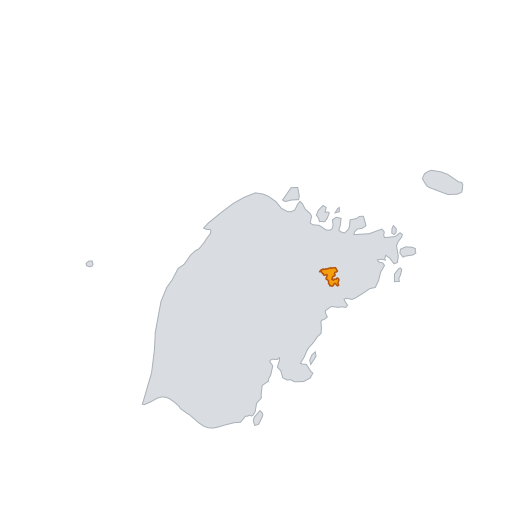 Sunchang-gun, North Jeolla, South Korea shown in context, rotated 219°
{"feature_id": "91817680B23901291202395", "entity_name": "Sunchang-gun", "entity_type": "district", "adm_level": 2, "iso_a3": "KOR", "parent_name": "South Korea", "parent_adm1": "North Jeolla", "projection": "equal_earth", "projection_center": [127.087, 35.421], "detail": "fine", "context": "in_parent", "style": "filled", "palette": "amber", "viewbox_px": 512, "rotation_deg": 219, "n_neighbors": 0, "source": "geoboundaries", "source_scale": "gbopen_adm2", "svg_char_len": 4449}
<svg xmlns="http://www.w3.org/2000/svg" viewBox="0 0 512 512"><g transform="rotate(219 256 256)"><path d="M161.7,126.3L163.3,125.0L163.4,123.2L163.4,117.1L167.9,112.9L174.4,104.3L177.5,99.6L181.1,95.2L185.2,92.3L189.3,90.9L195.7,90.3L207.9,90.8L210.3,90.3L218.9,89.9L220.9,90.7L227.1,91.1L233.9,90.6L237.4,89.3L240.6,87.2L243.3,83.3L246.2,76.0L249.2,70.4L251.0,69.3L263.7,99.6L275.9,119.2L286.3,133.4L301.2,160.8L305.6,175.5L306.1,184.7L308.7,197.2L306.6,204.4L307.4,215.8L306.5,221.7L304.8,226.0L304.8,234.3L305.4,238.7L305.5,244.6L306.7,246.9L308.4,247.7L311.0,245.6L314.3,244.7L313.8,251.8L310.0,269.7L306.7,282.8L302.1,294.2L296.2,304.7L289.1,308.8L284.0,310.2L274.4,310.8L266.4,309.0L259.5,310.3L256.7,312.4L254.7,316.2L256.2,322.0L256.1,326.2L253.1,325.9L247.3,323.4L240.8,323.1L237.8,321.9L234.7,315.7L231.6,316.0L226.2,319.6L217.9,320.4L215.0,322.4L214.0,324.9L215.2,328.1L219.4,332.3L218.0,336.6L213.6,338.8L210.1,333.5L207.9,328.3L205.5,328.1L201.7,329.5L200.9,335.1L202.7,338.9L205.6,343.3L201.5,348.3L200.5,351.9L197.5,354.5L189.6,348.8L190.7,344.7L194.2,340.7L194.6,336.7L193.4,334.2L182.1,344.5L175.1,356.2L171.4,355.4L169.8,352.4L167.6,351.2L160.1,358.7L158.7,364.7L155.9,364.9L154.7,362.4L154.6,357.0L153.3,352.4L145.5,345.7L142.0,339.9L143.9,336.7L150.4,338.5L155.6,338.2L154.6,335.5L152.9,334.2L156.3,332.6L159.2,329.4L156.8,328.6L153.2,330.4L150.2,329.5L149.0,321.9L145.3,314.1L143.5,306.6L147.1,302.2L149.0,295.5L152.4,285.7L154.1,282.6L158.7,280.3L160.4,277.8L157.8,276.5L153.8,275.3L153.9,272.5L156.7,271.0L159.8,267.9L165.8,264.1L167.7,257.0L165.9,255.2L162.2,253.5L163.0,249.9L164.6,247.2L164.0,245.6L159.6,240.9L156.7,236.7L157.5,232.0L156.9,224.7L157.3,218.6L157.1,215.4L155.0,207.9L154.0,200.5L151.2,201.6L148.9,203.5L140.7,200.8L138.1,200.7L137.1,195.2L140.0,188.4L147.0,182.4L151.0,181.7L154.0,179.1L158.7,178.2L164.4,182.3L169.4,183.1L172.2,190.1L173.9,191.6L174.3,189.0L178.4,186.0L179.4,183.7L178.5,182.5L173.8,181.2L169.6,172.6L169.0,168.8L167.5,166.4L169.8,159.4L164.9,151.6L162.5,149.1L162.9,142.0L160.4,137.5L158.9,135.0L158.1,130.7L158.8,128.8L161.0,128.1L161.7,126.3ZM144.9,441.1L142.6,442.7L140.4,441.7L139.8,441.0L137.1,437.0L136.4,434.9L138.2,431.0L145.6,424.5L164.4,418.3L167.8,418.0L175.3,420.7L176.8,425.7L175.5,430.0L173.8,432.9L165.1,437.8L158.4,440.1L144.9,441.1ZM271.7,331.2L266.7,335.5L260.1,329.8L258.4,326.6L263.5,322.0L267.7,316.6L270.6,316.3L271.7,331.2ZM236.3,330.7L235.7,337.5L232.0,337.9L229.8,333.5L227.5,335.6L226.2,335.6L224.4,330.2L224.1,326.0L228.4,322.7L231.0,324.7L234.8,325.7L236.3,330.7ZM140.3,361.0L136.9,362.1L135.0,359.7L133.7,359.0L134.5,355.9L140.0,349.7L141.0,347.6L146.1,348.9L148.0,352.1L145.6,357.1L140.3,361.0ZM155.9,129.4L155.6,138.4L152.8,138.0L150.9,137.1L150.0,135.3L148.1,127.0L150.3,123.5L154.5,126.3L155.9,129.4ZM137.1,335.9L136.4,337.6L134.2,337.1L131.8,332.3L130.9,328.5L128.6,326.4L132.3,323.2L137.0,329.1L137.1,335.9ZM150.3,214.3L149.6,218.8L146.2,215.8L145.2,206.1L148.7,208.9L150.3,214.3ZM382.6,146.9L380.2,149.0L377.4,146.9L377.1,144.8L378.5,142.9L381.8,141.8L383.4,143.5L382.6,146.9ZM167.5,362.8L168.4,366.1L164.2,365.5L161.9,362.3L162.2,359.6L164.8,359.2L167.5,362.8ZM222.4,344.0L221.8,346.1L219.1,342.9L221.7,339.3L222.4,344.0Z" fill="#d9dde1" stroke="#a8b0b8" stroke-width="1"/><path d="M185.4,282.4L184.2,282.4L183.4,281.7L182.8,280.9L182.1,280.2L181.2,280.2L180.4,280.0L180.0,279.4L179.1,279.8L178.3,280.2L177.6,280.7L177.5,281.4L177.4,282.3L177.8,283.4L177.5,284.1L177.2,284.5L176.9,284.6L175.8,284.3L175.1,284.1L173.9,284.1L173.4,285.3L174.8,286.2L175.5,287.0L176.0,288.2L176.4,289.3L177.1,290.1L178.0,290.3L179.1,289.9L179.2,289.3L179.0,288.5L180.3,287.6L180.5,286.7L180.7,285.8L182.5,285.7L182.7,286.4L182.5,287.1L183.3,287.6L183.3,288.3L183.2,289.2L182.7,289.5L182.3,290.1L182.6,291.1L183.3,291.3L184.0,291.6L184.2,292.5L184.2,293.1L184.0,293.6L183.5,294.1L183.2,294.8L183.2,295.5L184.1,295.9L185.0,296.1L185.6,296.5L186.2,296.7L187.0,296.8L187.5,296.2L188.1,295.9L188.5,295.3L189.1,294.8L189.5,294.2L190.5,294.0L191.0,292.7L191.6,292.4L193.0,290.2L193.7,290.0L194.0,289.1L194.7,288.3L195.7,288.2L196.0,287.2L196.5,286.5L196.7,285.9L196.7,283.4L196.3,284.2L195.7,284.6L195.5,285.1L194.6,284.8L193.7,284.3L193.1,284.4L192.5,284.6L192.3,284.2L191.3,283.8L190.5,284.2L190.1,284.9L189.8,285.6L189.3,286.1L188.3,285.5L188.0,284.8L187.8,283.7L187.5,282.6L186.7,282.2L186.2,282.5L185.4,282.4Z" fill="#f59e0b" stroke="#b45309" stroke-width="1.5"/></g></svg>